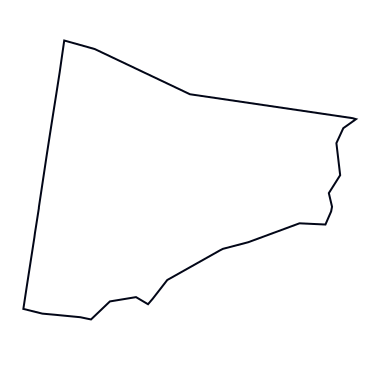 outline of Cleveland, North Carolina, United States of America, rotated 96°
{"feature_id": "52423323B32747612056401", "entity_name": "Cleveland", "entity_type": "district", "adm_level": 2, "iso_a3": "USA", "parent_name": "United States of America", "parent_adm1": "North Carolina", "projection": "robinson", "projection_center": [-81.506, 35.374], "detail": "fine", "context": "isolated", "style": "outline", "palette": "ink", "viewbox_px": 384, "rotation_deg": 96, "n_neighbors": 0, "source": "geoboundaries", "source_scale": "gbopen_adm2", "svg_char_len": 654}
<svg xmlns="http://www.w3.org/2000/svg" viewBox="0 0 384 384"><g transform="rotate(96 192 192)"><path d="M247.2,158.2L245.3,155.3L236.1,130.9L211.9,81.8L210.4,55.9L196.8,51.6L192.0,51.2L178.8,55.8L159.8,46.4L128.3,53.5L112.7,48.2L102.4,36.5L101.8,39.9L95.0,204.3L60.0,303.7L54.7,334.9L72.9,335.6L86.6,336.1L108.5,337.2L129.5,338.3L149.1,339.3L169.6,340.3L192.1,341.3L223.4,342.7L224.0,342.6L243.7,343.6L249.2,343.9L253.4,344.0L302.1,346.4L325.9,347.5L328.6,328.1L328.4,314.3L328.4,312.7L328.2,290.0L328.9,283.2L329.3,279.1L309.4,262.2L302.4,236.7L308.2,224.0L302.4,220.0L282.1,207.4L247.2,158.2Z" fill="none" stroke="#020617" stroke-width="2"/></g></svg>